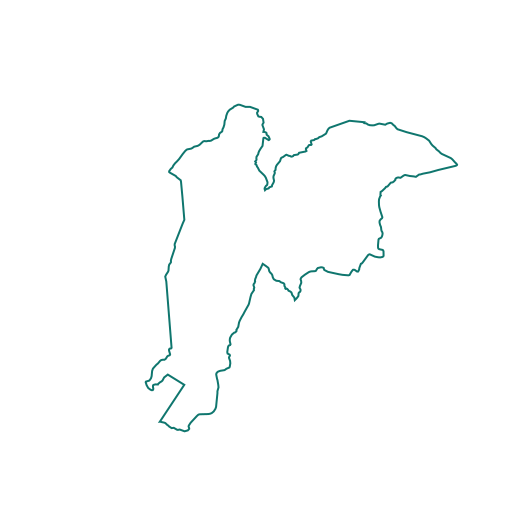 the district of Inongo, Bandundu, Democratic Republic of the Congo, rotated 303°
{"feature_id": "63176286B68796769615290", "entity_name": "Inongo", "entity_type": "district", "adm_level": 2, "iso_a3": "COD", "parent_name": "Democratic Republic of the Congo", "parent_adm1": "Bandundu", "projection": "albers", "projection_center": [18.143, -1.932], "detail": "fine", "context": "isolated", "style": "outline", "palette": "teal", "viewbox_px": 512, "rotation_deg": 303, "n_neighbors": 0, "source": "geoboundaries", "source_scale": "gbopen_adm2", "svg_char_len": 6118}
<svg xmlns="http://www.w3.org/2000/svg" viewBox="0 0 512 512"><g transform="rotate(303 256 256)"><path d="M189.3,191.1L185.7,194.7L133.0,235.2L132.2,235.1L131.2,234.0L130.2,234.0L129.3,234.6L126.8,237.5L125.8,237.7L124.5,236.7L123.7,236.3L120.5,236.3L119.1,235.7L118.4,234.5L117.1,233.2L115.8,232.7L112.5,232.3L110.6,231.7L108.2,231.3L105.4,230.9L103.0,231.5L98.4,233.9L96.4,234.5L94.7,234.5L93.3,234.3L90.7,232.1L90.1,232.2L88.1,234.6L86.6,237.5L86.4,240.2L86.6,241.5L87.2,242.4L87.9,242.5L88.7,242.2L90.2,240.8L91.3,240.2L92.0,240.2L93.5,241.5L94.8,243.7L95.4,243.6L97.6,244.2L99.4,245.1L100.6,245.4L104.1,245.1L108.5,246.6L108.9,266.0L64.7,265.6L65.1,266.1L65.1,266.7L66.3,269.9L66.5,271.0L66.0,273.6L66.0,274.9L65.7,275.8L65.7,279.0L67.1,280.6L67.3,284.5L67.7,285.3L68.9,286.5L70.1,291.6L72.6,293.8L73.7,294.0L74.7,294.1L75.2,293.7L76.3,292.3L77.2,292.0L80.6,292.0L89.3,293.5L91.3,294.0L92.1,294.5L92.8,295.3L97.4,302.0L98.7,303.4L100.1,304.4L102.6,305.2L105.7,305.2L107.7,304.7L119.9,298.4L121.6,297.3L125.4,296.1L127.3,294.6L131.0,291.2L131.7,290.3L134.9,287.2L136.0,286.7L137.8,286.9L138.6,287.3L140.2,288.5L143.1,291.7L143.9,292.1L145.3,292.6L148.0,294.4L148.8,294.3L152.0,292.9L153.9,291.4L155.9,288.8L156.5,288.5L158.2,288.4L158.6,288.1L158.9,287.5L158.7,285.3L159.8,284.2L164.4,282.1L165.7,281.9L166.2,282.0L167.2,282.8L168.1,282.7L169.9,280.8L171.0,279.9L172.3,279.2L173.5,278.8L177.0,278.6L179.9,279.5L180.8,280.3L182.6,280.5L183.3,279.8L186.9,279.7L191.0,278.0L192.9,277.6L196.8,277.2L200.3,277.1L203.3,276.8L211.1,276.3L212.4,276.0L218.7,273.7L221.7,272.8L226.3,272.9L227.1,272.1L228.5,271.8L230.2,269.7L231.1,269.4L232.6,269.5L234.2,269.1L234.4,268.7L236.2,267.9L238.4,267.5L239.9,267.0L247.5,266.7L253.1,265.9L253.0,269.9L252.8,272.6L252.5,273.3L250.5,275.4L249.9,276.7L249.5,278.7L248.8,280.1L247.2,281.8L246.2,283.6L246.3,286.5L247.7,289.3L247.5,291.1L248.2,294.0L247.8,295.2L246.4,296.1L245.6,297.7L244.7,298.2L244.6,298.9L245.3,299.5L245.4,300.0L245.1,301.3L244.6,302.2L244.9,304.2L244.7,305.6L243.0,307.7L242.0,310.8L240.1,312.6L242.5,313.1L244.5,313.3L245.6,313.3L248.0,312.0L249.0,312.0L249.7,312.4L250.7,312.4L251.8,311.9L252.3,311.3L253.1,309.8L254.7,309.2L258.1,308.6L259.6,307.5L260.8,306.0L261.7,305.8L263.0,305.8L267.0,307.2L271.3,309.1L272.4,309.9L273.2,310.7L275.4,313.7L276.2,314.3L278.5,314.2L279.6,314.4L282.0,316.7L282.7,318.2L282.8,319.4L282.1,320.0L281.5,320.9L281.9,325.0L285.8,335.3L287.3,338.8L290.1,344.0L291.0,344.8L294.6,344.6L297.2,344.8L297.8,345.5L298.1,346.3L298.0,349.3L298.6,350.1L300.8,349.9L302.2,349.2L306.6,348.2L307.4,348.8L308.8,349.0L317.8,349.5L319.1,350.1L319.4,350.6L320.2,356.0L321.5,359.2L322.5,361.0L324.0,362.5L325.0,363.0L325.8,362.8L329.5,360.3L330.1,359.0L328.8,355.5L328.9,354.5L329.5,353.8L331.4,352.5L336.5,349.8L337.3,349.7L339.5,351.0L340.9,351.0L342.6,350.5L344.0,349.8L344.8,348.9L345.4,347.7L346.1,346.9L348.3,345.1L349.7,343.1L351.2,341.5L352.4,340.7L353.0,340.5L354.6,340.6L356.3,341.1L357.0,341.0L357.4,340.8L361.0,336.3L364.1,332.8L365.6,331.5L368.6,329.4L370.6,328.3L373.8,327.6L374.7,327.8L375.1,327.0L377.6,325.6L379.1,326.3L383.2,327.3L384.8,327.4L385.9,328.4L386.4,328.5L390.9,329.1L392.2,330.5L393.8,331.1L395.8,331.4L396.3,331.0L397.1,331.0L398.0,331.3L399.3,332.4L400.3,334.6L403.6,335.9L404.7,336.5L405.3,337.2L406.9,341.5L408.6,344.8L409.5,347.0L413.1,348.4L414.0,349.5L416.0,351.2L420.9,356.3L427.4,362.0L440.0,374.0L440.9,374.7L441.6,375.0L442.1,374.9L442.6,373.7L442.9,372.0L444.0,368.0L444.2,366.0L442.8,356.2L442.9,354.5L443.4,352.6L443.7,349.1L444.3,347.8L444.8,343.9L445.4,341.9L447.0,338.4L447.3,334.8L447.3,332.5L446.9,330.1L441.9,314.9L439.4,305.7L439.6,304.3L440.7,301.2L440.6,300.3L441.2,297.6L440.9,296.3L440.5,295.7L438.5,293.9L436.5,292.9L434.3,287.5L433.6,286.7L430.0,283.9L428.9,282.4L427.7,280.2L427.2,278.3L427.3,276.4L426.4,274.4L426.5,273.3L426.9,273.4L420.3,260.7L403.7,247.9L402.3,247.5L400.2,247.5L397.3,248.0L396.6,248.0L392.1,245.9L390.1,244.3L388.7,244.0L387.1,242.9L386.1,241.8L385.4,241.8L384.8,241.5L382.9,239.5L381.9,239.5L379.8,241.9L379.2,241.8L378.3,240.5L377.7,240.0L375.1,240.0L373.6,239.3L372.9,239.5L371.6,241.1L370.6,240.6L366.0,235.9L364.5,236.0L363.8,235.7L361.2,232.8L360.0,232.7L359.1,232.1L358.5,231.4L358.4,230.0L357.9,229.0L357.5,226.4L357.0,226.0L353.8,224.8L352.4,223.9L351.5,223.7L348.6,224.5L343.8,223.9L342.2,224.0L340.6,224.5L338.8,225.5L337.7,225.3L336.9,225.4L336.1,226.4L335.5,226.7L332.5,227.2L331.1,228.0L328.9,230.2L327.3,230.7L324.2,230.9L323.0,231.4L320.9,229.8L319.6,229.8L317.5,228.0L316.1,227.7L317.0,226.6L318.1,226.2L320.4,226.2L321.4,226.6L322.1,226.5L323.6,225.8L324.2,225.4L327.0,221.6L327.9,219.7L328.3,218.1L329.4,212.3L331.1,209.4L331.6,208.0L332.5,207.1L332.7,206.3L332.6,205.6L332.8,205.3L333.7,205.1L334.4,205.1L334.9,203.8L336.4,204.1L337.4,203.8L338.1,203.1L339.5,202.4L342.5,202.4L344.1,201.8L345.7,201.5L348.6,201.4L351.9,201.5L358.9,198.0L359.3,198.1L360.0,199.1L360.1,203.5L360.6,203.8L361.3,203.9L361.8,203.5L363.2,201.3L363.5,199.0L363.9,198.5L364.8,197.9L365.0,197.1L364.7,195.6L364.1,194.6L366.6,193.7L369.2,190.2L369.8,189.8L372.0,189.7L374.8,187.2L375.5,184.7L374.6,182.9L374.4,181.9L375.9,179.5L376.9,178.8L378.0,178.9L378.9,178.8L379.7,177.9L377.8,169.7L375.4,166.1L374.0,160.1L373.3,158.8L372.9,158.4L369.4,156.2L368.0,156.0L364.4,154.3L362.0,153.9L360.3,154.0L357.4,154.7L354.9,155.8L352.2,156.2L348.9,157.9L346.1,158.7L344.1,158.9L342.3,159.7L341.4,159.6L339.7,158.8L337.9,158.8L336.2,159.6L335.1,159.7L333.9,159.1L332.5,157.8L331.3,156.9L328.3,155.5L327.2,154.4L326.7,153.5L325.1,151.8L324.2,150.0L323.1,149.2L318.5,148.1L316.6,147.1L314.0,144.6L311.9,143.8L310.7,143.1L308.0,140.3L307.3,139.9L305.4,139.4L301.5,139.0L295.4,138.7L292.3,138.2L289.6,137.6L286.8,137.4L284.7,137.7L282.6,137.1L279.8,137.0L279.1,137.5L279.0,138.4L279.4,145.2L278.9,146.6L278.5,151.6L277.4,152.7L265.5,162.1L247.3,176.2L243.5,176.8L221.7,181.3L220.5,182.1L219.8,182.9L218.6,183.6L207.5,186.5L205.8,187.1L204.6,188.0L204.0,188.1L201.5,187.9L199.6,188.6L196.2,190.5L195.0,190.8L191.3,190.8L189.3,191.1Z" fill="none" stroke="#0f766e" stroke-width="2"/></g></svg>